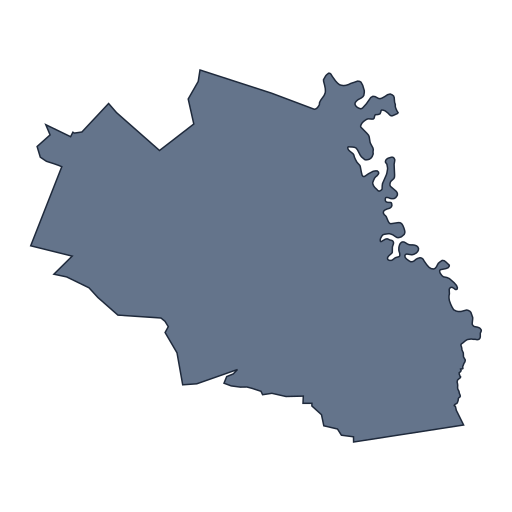 outline of Raxruhá, Alta Verapaz, Guatemala
{"feature_id": "79465075B33979032902189", "entity_name": "Raxruhá", "entity_type": "district", "adm_level": 2, "iso_a3": "GTM", "parent_name": "Guatemala", "parent_adm1": "Alta Verapaz", "projection": "orthographic", "projection_center": [-89.998, 15.891], "detail": "fine", "context": "isolated", "style": "filled", "palette": "slate", "viewbox_px": 512, "rotation_deg": 0, "n_neighbors": 0, "source": "geoboundaries", "source_scale": "gbopen_adm2", "svg_char_len": 6066}
<svg xmlns="http://www.w3.org/2000/svg" viewBox="0 0 512 512"><path d="M353.6,442.0L463.6,425.0L456.3,410.3L455.5,406.7L455.1,406.1L454.4,405.9L454.2,405.5L454.6,404.7L455.4,404.1L456.9,403.4L457.5,402.3L458.1,400.6L458.4,398.4L458.9,397.7L460.0,396.9L460.3,396.1L460.1,395.1L459.3,393.2L459.0,391.5L458.6,390.5L458.0,389.6L457.7,388.6L457.6,387.7L457.7,385.2L457.5,383.6L457.1,382.0L457.5,380.2L458.1,379.5L460.3,377.7L460.6,377.0L460.5,376.5L459.8,376.0L459.6,374.9L459.2,374.2L459.2,372.7L460.5,371.7L461.0,370.9L461.1,370.3L460.5,369.1L461.0,368.9L462.6,368.8L462.9,368.5L462.7,367.2L462.8,366.2L463.5,364.7L463.8,363.6L464.8,362.1L465.2,360.8L465.2,359.8L463.5,356.9L463.3,352.9L461.9,349.8L461.8,348.2L461.5,346.9L461.0,345.6L461.0,344.6L461.3,344.0L463.1,342.7L465.1,341.0L466.7,339.9L467.7,339.5L471.2,339.0L473.2,339.3L475.2,339.3L477.0,339.7L478.1,339.6L479.2,339.1L479.9,338.2L480.3,336.9L480.3,333.1L481.0,331.7L481.3,330.6L481.1,329.7L480.1,328.4L479.0,327.7L477.3,327.1L474.6,326.6L473.6,326.2L472.3,324.6L472.2,323.4L472.7,318.8L472.7,317.5L470.9,312.4L469.8,311.2L468.0,310.3L466.6,310.0L461.0,311.5L458.1,311.5L456.0,311.0L453.6,309.7L451.9,306.8L450.6,304.0L449.4,300.7L449.0,298.1L449.0,295.8L449.4,293.9L449.2,289.2L450.1,287.8L451.1,287.3L452.3,287.4L454.2,288.5L455.1,289.3L456.0,289.6L457.2,289.0L457.4,287.7L456.5,285.5L454.1,282.7L449.4,278.6L446.9,277.5L443.4,276.8L441.9,275.6L440.2,273.2L439.7,271.9L439.7,270.5L440.4,269.7L445.9,268.6L448.0,267.8L449.1,266.5L449.3,265.2L445.8,261.9L444.2,260.7L442.2,260.4L440.1,261.8L438.3,263.3L437.4,264.9L436.5,266.7L435.2,268.3L433.7,269.0L431.1,268.6L428.9,267.2L426.7,264.7L424.1,261.0L423.1,259.2L421.7,258.1L420.0,257.7L417.4,258.5L415.7,259.5L414.3,260.8L412.7,261.6L410.8,261.8L409.1,260.9L406.6,259.1L405.2,257.5L404.8,255.7L405.5,254.5L406.7,254.0L411.9,254.8L413.9,254.3L416.3,253.0L417.7,251.5L418.4,250.0L418.5,248.4L417.7,246.8L416.6,245.9L414.8,245.2L412.9,244.9L411.0,244.9L409.1,244.7L407.4,244.0L405.4,242.7L404.0,242.0L402.7,241.9L401.6,242.2L400.2,243.5L399.5,245.0L398.9,247.2L398.8,249.4L398.9,250.8L399.7,253.3L399.8,254.7L399.8,255.5L399.5,256.2L398.9,256.7L396.0,257.5L395.1,257.9L392.5,259.9L391.4,260.4L389.6,260.4L388.4,260.0L387.7,259.3L387.5,258.4L387.7,257.3L388.7,255.9L391.8,253.2L392.3,252.3L392.4,246.9L393.5,243.6L393.5,242.4L393.0,241.3L392.2,240.6L390.9,240.2L389.8,240.0L388.7,239.4L387.6,238.9L386.5,238.9L385.3,239.2L381.4,241.5L380.7,241.6L380.3,241.1L380.2,239.9L380.6,238.3L381.8,236.1L382.9,234.8L384.3,234.3L388.2,233.7L389.6,233.7L391.2,234.2L392.8,234.8L395.9,236.9L397.0,237.5L398.1,237.7L399.6,237.4L401.4,236.8L404.2,234.4L404.7,233.1L404.9,232.0L404.6,230.3L403.9,228.0L402.9,225.6L402.0,224.1L401.0,223.2L400.0,222.7L398.3,222.6L391.7,223.6L390.7,223.7L389.7,223.4L388.8,222.4L388.0,220.9L386.3,216.8L385.4,215.6L384.4,214.9L383.3,213.0L383.5,211.6L384.1,210.6L385.3,209.8L387.3,208.9L389.2,208.4L390.2,207.9L391.4,206.8L391.9,205.5L391.7,203.7L391.2,202.7L390.3,202.4L388.2,202.4L386.9,202.2L385.9,201.6L385.3,200.6L385.3,198.7L385.7,197.7L386.7,197.4L388.5,197.7L390.5,198.5L391.9,198.7L394.0,198.6L395.6,197.7L396.7,196.3L397.4,195.0L397.4,193.6L397.0,192.4L396.0,191.1L390.6,186.5L390.0,185.5L389.9,184.0L390.4,182.2L390.9,181.3L393.9,178.5L394.5,177.1L394.6,175.0L394.1,164.4L394.7,160.9L394.8,159.8L394.2,158.4L393.5,157.6L392.5,157.2L391.4,157.2L388.1,158.2L386.6,159.2L385.8,160.2L385.5,161.2L385.4,161.9L385.6,162.5L386.9,164.2L387.5,167.5L387.6,168.8L386.9,172.9L386.4,174.7L382.5,183.6L382.2,186.0L382.1,189.0L381.5,189.9L380.3,190.7L379.1,191.2L377.9,190.6L376.7,189.3L374.8,187.5L373.7,186.0L372.8,183.9L372.7,182.6L373.6,180.2L374.7,177.9L375.9,176.6L376.9,175.9L378.2,174.3L378.7,173.3L378.5,172.1L377.2,170.9L375.3,170.9L373.1,171.3L368.4,173.8L365.1,176.1L364.0,176.6L362.9,176.3L362.1,175.2L361.4,172.4L360.3,166.7L359.9,165.5L357.0,162.3L355.6,159.8L354.5,157.4L353.8,154.9L353.0,153.7L349.7,151.1L348.7,150.1L348.1,149.2L347.8,148.4L347.8,147.4L348.3,146.8L352.3,147.0L354.4,147.3L355.9,147.9L357.4,149.7L360.3,155.3L361.5,156.9L364.7,159.6L365.9,159.9L368.1,159.6L369.6,159.1L371.2,157.9L372.2,156.5L373.2,153.9L373.0,151.9L373.3,149.6L372.9,147.9L370.7,143.8L370.1,142.4L369.2,136.9L368.6,135.3L367.0,133.4L360.8,127.1L360.6,126.1L361.1,124.7L361.8,123.4L362.7,122.3L364.4,120.8L366.5,119.4L368.1,118.8L372.0,119.1L373.3,119.0L374.1,118.2L374.8,115.5L375.4,114.7L377.5,114.6L378.9,114.3L380.1,113.7L380.8,111.9L381.1,110.5L381.8,110.0L383.3,110.2L385.2,110.9L388.0,113.1L389.7,114.9L390.6,115.6L391.9,115.9L393.6,115.3L397.5,113.5L398.1,112.7L396.9,110.8L395.8,108.3L395.3,106.7L395.3,104.4L394.6,102.4L394.2,97.6L393.6,96.0L392.1,94.8L390.2,94.0L387.5,94.7L385.2,96.3L382.0,98.1L380.0,98.7L378.4,98.4L375.1,96.6L372.9,96.3L370.8,97.5L366.3,103.9L362.4,108.2L360.8,108.8L358.6,108.1L357.1,107.2L356.0,106.2L355.1,104.7L355.0,103.6L355.3,102.5L356.4,101.1L358.0,99.7L361.4,97.9L362.9,96.7L363.8,95.4L364.3,92.4L364.3,90.7L362.7,85.3L361.0,82.2L359.7,81.4L357.6,81.1L354.0,82.4L350.8,83.4L348.6,84.5L346.0,85.3L343.6,85.6L341.1,85.2L339.5,84.7L337.5,83.1L335.5,80.9L332.4,76.6L330.8,74.0L329.8,73.3L328.6,73.2L326.5,74.9L325.6,76.0L323.5,79.7L323.6,81.3L324.7,85.6L325.3,88.7L325.4,91.4L325.2,92.9L324.1,95.5L320.8,100.1L320.0,101.6L319.5,102.7L319.4,104.6L318.9,105.6L317.7,107.3L316.6,108.4L315.7,108.9L314.4,109.3L271.6,93.2L200.0,70.0L198.2,81.5L188.2,99.0L193.8,124.0L159.5,150.5L116.5,112.6L108.6,103.5L81.9,132.0L74.3,133.1L72.9,132.2L70.6,136.7L45.8,124.7L50.1,134.9L37.1,146.5L40.3,157.2L46.4,161.3L53.9,163.7L58.7,165.4L61.8,166.7L30.7,245.8L72.2,256.1L53.9,274.2L66.6,276.9L89.0,287.8L97.9,297.5L117.9,315.1L160.9,318.0L165.0,321.3L168.3,326.7L165.1,332.5L177.0,352.8L182.7,384.8L196.8,383.8L237.5,369.5L233.3,373.9L226.7,376.6L224.0,383.2L231.2,385.9L240.3,387.1L246.9,387.0L251.9,388.3L261.0,391.3L262.6,394.7L271.9,393.3L286.0,396.5L303.3,396.1L303.0,403.3L311.9,403.3L311.9,406.0L321.5,414.7L323.8,425.8L337.5,429.0L341.4,435.2L353.5,436.8L353.6,442.0Z" fill="#64748b" stroke="#1e293b" stroke-width="1.5"/></svg>